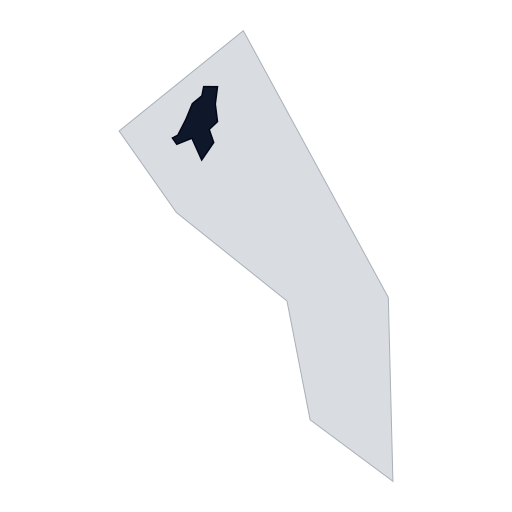 Beau Vallon highlighted on a map of Seychelles
{"feature_id": "SYC-5205", "entity_name": "Beau Vallon", "entity_type": "state/province", "adm_level": 1, "iso_a3": "SYC", "parent_name": "Seychelles", "parent_adm1": "", "projection": "natural_earth1", "projection_center": [55.429, -4.605], "detail": "fine", "context": "in_parent", "style": "filled", "palette": "ink", "viewbox_px": 512, "rotation_deg": 0, "n_neighbors": 0, "source": "natural_earth", "source_scale": "10m", "svg_char_len": 466}
<svg xmlns="http://www.w3.org/2000/svg" viewBox="0 0 512 512"><path d="M388.3,297.5L392.9,481.3L310.1,419.8L287.0,301.0L176.4,212.5L119.1,131.0L243.3,30.7L388.3,297.5Z" fill="#d9dde1" stroke="#a8b0b8" stroke-width="1"/><path d="M172.4,138.0L177.8,135.2L185.9,119.4L192.4,103.6L201.9,95.8L203.7,86.6L217.5,86.7L215.3,104.1L217.5,121.6L209.2,129.4L213.7,142.5L201.7,160.0L191.9,138.2L176.8,144.3L172.4,138.0Z" fill="#0f172a" stroke="#020617" stroke-width="1.5"/></svg>